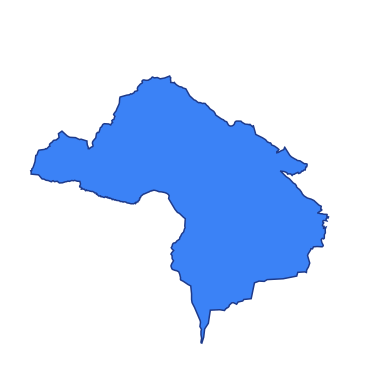 Ponor, Alba, Romania (Natural Earth projection), rotated 225°
{"feature_id": "2599482B26420082553379", "entity_name": "Ponor", "entity_type": "district", "adm_level": 2, "iso_a3": "ROU", "parent_name": "Romania", "parent_adm1": "Alba", "projection": "natural_earth1", "projection_center": [23.399, 46.333], "detail": "fine", "context": "isolated", "style": "filled", "palette": "blue", "viewbox_px": 384, "rotation_deg": 225, "n_neighbors": 0, "source": "geoboundaries", "source_scale": "gbopen_adm2", "svg_char_len": 6034}
<svg xmlns="http://www.w3.org/2000/svg" viewBox="0 0 384 384"><g transform="rotate(225 192 192)"><path d="M288.9,257.8L289.8,258.2L292.0,253.2L294.6,249.5L297.4,248.5L299.4,246.0L301.1,245.5L301.4,245.1L301.2,242.5L301.6,242.1L301.9,240.2L303.4,238.5L305.2,237.3L305.8,236.6L305.8,235.0L304.5,234.4L304.3,233.6L304.8,231.9L304.6,228.1L304.0,226.7L302.3,225.4L302.3,224.8L303.6,222.6L303.2,221.2L303.9,218.6L304.8,218.0L305.0,216.5L306.6,214.4L310.0,208.3L309.2,206.9L306.4,203.7L305.7,202.5L303.7,197.1L303.1,196.0L302.6,192.4L302.2,191.3L300.0,191.0L299.6,189.9L298.8,188.6L298.6,188.0L299.1,187.2L299.1,185.7L297.2,184.9L297.5,183.9L296.9,181.9L299.0,181.2L302.4,178.2L302.8,176.6L302.0,174.2L302.3,172.7L300.3,169.1L300.1,168.0L300.9,167.4L300.9,165.8L298.3,162.2L298.1,158.7L297.7,157.1L297.0,156.1L294.9,154.9L294.3,154.0L295.0,152.5L295.0,151.7L295.3,150.9L295.1,150.1L296.0,149.3L296.8,150.2L299.2,151.2L301.3,152.8L302.3,153.8L307.8,150.9L308.7,149.5L312.8,148.1L317.2,144.2L319.9,143.4L327.0,143.1L327.7,138.8L324.5,136.5L324.8,132.8L326.3,130.8L326.4,130.4L326.2,128.2L326.5,126.7L326.5,125.1L325.6,124.2L324.9,123.9L325.3,123.2L325.3,119.8L326.1,119.2L326.2,118.4L326.6,117.6L329.8,113.4L329.5,111.9L328.0,108.8L327.9,108.4L328.3,107.4L324.5,102.5L322.8,99.2L321.6,96.6L321.6,95.2L320.5,93.8L321.0,93.0L319.9,92.5L318.4,90.9L312.8,95.5L311.8,95.6L307.5,95.2L307.1,95.3L305.9,96.4L303.5,97.1L301.7,98.5L298.8,99.7L298.5,100.0L298.6,101.1L298.2,101.8L296.6,102.0L294.9,104.3L292.2,104.6L290.1,106.9L288.8,109.6L288.0,110.6L287.4,112.0L286.2,112.8L285.2,115.1L283.7,116.2L283.2,117.3L280.9,118.4L278.8,120.2L276.6,118.9L276.0,118.1L275.6,116.7L275.0,116.2L274.2,116.8L272.5,116.6L272.4,115.8L272.0,116.0L272.0,117.0L271.1,117.0L269.9,117.9L268.2,117.6L267.9,118.0L268.0,118.8L267.0,119.0L266.0,120.0L265.2,120.2L263.2,121.5L262.6,122.2L260.9,122.6L260.2,122.5L259.3,123.4L257.9,122.8L257.7,122.9L257.7,123.4L257.1,123.2L254.9,123.3L254.2,124.5L253.6,124.6L253.3,124.2L252.6,124.6L252.2,125.2L250.9,125.6L250.0,126.3L250.0,127.4L248.7,127.7L248.6,128.4L247.6,128.3L247.6,128.7L246.6,128.8L246.2,129.0L246.2,129.5L245.9,129.7L245.4,129.5L244.8,130.1L244.0,130.4L243.1,130.2L243.1,130.7L242.6,131.2L241.1,131.6L241.0,132.0L240.5,132.5L239.8,132.4L237.0,134.6L236.0,134.5L234.7,135.8L234.1,135.9L233.9,136.4L233.3,136.5L232.6,137.6L231.0,138.3L230.3,138.3L228.7,139.5L226.7,140.6L225.9,141.6L225.2,142.0L224.5,143.6L223.7,143.8L223.7,144.0L224.5,144.5L224.4,145.0L223.7,145.5L223.8,146.1L223.3,146.8L223.7,147.3L223.5,147.9L223.6,149.3L224.2,149.8L224.1,150.2L224.8,151.1L224.5,151.6L225.1,152.9L224.8,156.4L224.5,156.6L222.8,161.0L222.5,161.5L222.0,163.4L221.4,164.0L221.4,164.6L220.7,165.2L220.7,165.8L219.9,166.6L218.0,167.8L215.5,168.9L213.7,170.5L210.6,172.5L208.6,173.3L206.9,173.5L205.5,173.2L203.9,170.8L191.7,167.7L187.9,167.3L185.7,168.0L180.1,168.1L177.9,168.4L173.0,162.8L171.6,161.9L171.2,160.5L169.7,157.9L169.6,155.0L168.7,152.6L168.6,151.5L167.5,149.8L168.1,146.7L167.8,144.5L168.8,143.1L169.0,142.2L168.6,140.9L167.7,139.5L167.3,137.9L165.7,137.6L163.6,137.7L163.4,134.7L163.0,133.2L161.2,133.0L158.9,130.8L156.4,130.3L155.7,127.2L154.8,125.1L154.1,124.5L151.9,123.5L151.0,123.5L148.3,124.7L147.8,125.2L146.6,125.7L144.9,126.2L142.4,125.1L139.5,123.3L138.5,122.1L137.8,121.8L135.0,122.7L129.3,123.8L126.5,124.7L120.3,119.7L116.3,115.7L113.7,113.8L108.4,112.1L95.0,106.7L93.7,105.7L91.3,102.5L88.1,101.5L87.3,100.0L84.7,97.4L81.8,95.4L79.7,92.4L79.0,91.8L78.2,92.1L81.0,97.5L86.2,104.1L87.6,110.7L95.5,121.4L89.1,128.4L85.2,131.2L85.6,133.3L85.2,134.2L85.4,134.7L84.9,135.8L84.9,137.2L85.6,138.4L85.5,141.7L84.5,143.0L81.1,144.2L81.6,146.8L79.1,150.8L79.4,152.6L74.7,158.4L83.6,171.9L81.6,176.4L77.7,179.9L76.9,183.2L66.2,195.1L58.5,206.6L60.4,210.0L55.8,215.2L54.2,216.0L55.8,218.0L56.7,221.4L58.5,225.0L65.4,228.8L66.1,230.4L67.2,235.0L67.8,236.0L66.6,237.0L67.3,239.1L67.1,239.4L65.0,241.9L61.2,245.3L61.1,246.4L61.5,247.1L64.5,248.1L66.9,249.6L67.1,251.3L66.7,251.6L65.8,251.9L65.8,252.9L68.3,255.5L68.8,257.4L71.5,259.9L72.3,261.7L72.7,260.4L73.3,259.4L73.6,259.7L73.0,260.3L73.2,260.9L73.8,260.5L74.2,260.9L74.4,260.4L75.5,260.7L76.0,260.5L76.7,261.5L76.9,263.1L77.2,263.4L78.3,263.2L78.8,264.0L79.0,264.4L78.9,264.8L77.2,266.4L76.3,266.9L77.7,267.3L78.1,267.7L78.5,269.3L78.4,269.6L77.4,269.7L77.8,270.9L79.7,270.3L80.6,271.6L81.0,271.4L83.1,269.4L84.2,268.9L85.6,267.7L88.2,266.1L88.3,266.2L88.0,268.4L87.5,270.1L87.5,271.1L88.2,271.3L88.8,270.9L89.4,271.6L90.5,273.3L93.0,272.5L99.8,272.2L102.7,271.2L106.2,269.3L109.9,268.5L112.4,268.6L114.9,269.4L117.7,269.8L119.6,269.5L121.7,269.5L122.6,270.2L124.4,270.6L126.8,270.0L132.5,270.2L136.3,269.4L144.6,269.4L143.6,269.8L141.5,271.5L139.9,272.3L138.3,272.7L137.0,272.3L136.5,273.2L135.0,274.6L132.9,274.5L133.0,276.0L132.2,276.9L132.0,278.1L131.0,280.8L129.9,280.4L129.5,280.6L129.4,281.3L128.9,282.2L128.9,283.0L129.2,284.2L128.4,285.1L128.4,286.7L127.5,287.6L129.2,290.1L128.7,290.7L129.1,291.7L130.0,292.8L130.6,293.1L131.6,292.4L132.6,291.4L137.7,290.4L139.8,288.8L141.3,288.6L142.6,288.1L146.6,287.1L148.9,287.1L158.0,289.2L157.8,288.3L157.1,287.1L157.2,286.5L158.1,284.3L159.0,280.9L159.8,279.7L160.6,280.6L160.3,281.7L160.6,283.5L162.6,283.4L166.1,282.8L169.0,281.6L170.6,282.2L171.3,282.2L172.0,281.5L173.4,281.1L173.8,280.7L176.9,281.0L180.5,280.2L187.6,277.8L195.4,282.2L195.5,282.0L195.0,281.3L195.1,281.0L198.9,280.8L199.0,280.0L200.0,279.6L202.4,277.6L205.8,276.7L207.5,276.7L209.9,274.4L210.6,273.7L211.1,272.6L210.9,271.5L210.1,269.9L210.0,268.5L210.4,267.1L211.4,265.8L212.9,265.2L213.8,265.2L217.1,266.2L219.1,265.3L220.8,265.3L222.7,264.5L229.5,263.2L231.6,264.0L233.7,264.4L238.2,263.5L241.2,263.9L243.0,263.7L245.3,263.9L246.6,262.9L246.9,262.2L249.7,260.9L250.2,260.0L251.6,259.5L254.2,259.3L255.7,258.6L261.7,258.4L269.3,260.6L272.1,259.1L273.4,259.0L275.7,257.5L279.0,256.8L281.8,256.9L281.6,256.5L282.4,256.2L284.5,254.4L285.3,255.3L286.8,256.4L287.9,257.8L288.9,257.8Z" fill="#3b82f6" stroke="#1e3a8a" stroke-width="1.5"/></g></svg>